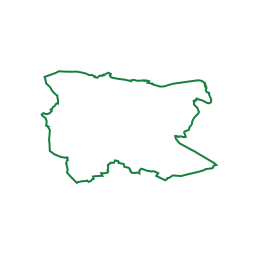 Valle nor, Aust-Agder, Norway, rotated 199°
{"feature_id": "86288312B24572790615824", "entity_name": "Valle nor", "entity_type": "district", "adm_level": 2, "iso_a3": "NOR", "parent_name": "Norway", "parent_adm1": "Aust-Agder", "projection": "natural_earth1", "projection_center": [7.485, 59.169], "detail": "fine", "context": "isolated", "style": "outline", "palette": "green", "viewbox_px": 256, "rotation_deg": 199, "n_neighbors": 0, "source": "geoboundaries", "source_scale": "gbopen_adm2", "svg_char_len": 5406}
<svg xmlns="http://www.w3.org/2000/svg" viewBox="0 0 256 256"><g transform="rotate(199 128 128)"><path d="M194.5,80.9L189.2,79.2L182.3,78.8L178.1,79.3L175.8,80.4L175.6,80.4L175.6,80.2L175.8,79.6L175.6,79.4L175.5,79.1L175.3,78.9L175.0,78.8L174.8,78.8L174.7,78.6L174.8,78.5L174.8,78.4L174.5,78.1L174.8,77.7L175.0,77.3L175.1,74.4L174.6,74.1L173.5,72.2L173.3,71.9L172.0,69.9L171.5,69.2L171.3,68.4L171.3,66.6L171.2,66.0L165.9,63.1L159.1,59.8L158.4,59.4L158.0,60.4L153.6,62.9L150.4,64.2L149.6,65.0L147.9,64.2L145.8,65.8L145.4,66.9L145.4,67.5L143.9,68.7L144.3,69.1L145.3,70.7L142.8,72.0L141.0,72.6L140.5,72.9L138.8,73.7L136.6,74.4L136.8,74.6L138.6,76.6L138.3,76.7L136.2,77.3L133.5,78.7L133.3,79.0L132.6,79.6L132.5,80.2L132.6,80.7L132.8,80.8L133.0,81.0L133.6,81.3L133.7,84.0L134.1,84.7L134.8,85.6L134.7,86.4L134.8,87.1L133.6,87.9L133.4,89.4L132.5,89.7L131.2,90.0L130.8,90.3L129.9,90.6L129.8,92.1L129.7,92.4L129.6,93.2L129.1,93.1L128.3,93.3L127.5,93.3L126.7,93.5L126.6,93.3L126.4,93.1L125.9,93.1L125.8,92.9L125.6,92.5L125.6,92.1L125.5,91.9L125.2,91.9L124.0,92.2L123.4,92.1L123.1,92.3L120.3,92.5L120.0,92.3L119.8,92.0L119.4,91.1L119.2,90.7L119.0,90.4L118.6,90.1L116.7,90.4L116.0,90.4L115.8,90.4L115.6,90.6L115.3,90.6L115.0,90.6L114.4,90.6L113.3,90.1L113.2,89.9L113.3,89.9L113.1,89.8L112.7,89.5L112.7,89.4L112.8,89.3L112.7,89.2L112.4,88.9L112.0,88.5L111.4,88.2L111.4,87.8L111.4,87.6L110.8,87.5L110.5,87.4L110.1,87.0L109.7,86.9L109.0,87.0L108.1,87.3L106.9,87.9L106.1,88.2L105.3,88.6L104.9,88.8L104.6,88.8L104.1,89.1L103.3,89.0L102.5,88.8L102.7,89.3L102.9,90.1L103.3,91.7L102.7,92.5L102.6,93.2L102.5,93.7L100.2,94.0L99.8,93.9L98.5,93.9L96.7,93.8L95.6,93.9L94.7,94.0L93.5,94.4L92.7,94.3L92.1,94.4L91.3,94.7L90.7,95.0L90.2,95.2L89.1,95.4L88.8,95.6L84.7,95.1L85.7,91.9L76.2,90.7L76.2,90.9L75.9,91.0L75.2,91.4L75.1,91.5L74.7,91.9L74.5,92.5L74.7,92.9L74.5,93.2L74.5,93.3L74.1,93.6L73.7,93.8L73.3,93.9L70.3,97.6L68.8,98.1L62.0,99.9L61.9,100.0L61.7,100.2L55.9,104.0L46.5,109.9L42.2,113.0L42.1,113.4L41.7,113.9L41.1,114.4L36.2,116.9L34.8,117.8L34.6,118.4L34.8,118.9L35.0,119.7L34.6,120.4L32.5,121.8L34.8,122.8L55.4,127.1L57.7,127.6L61.2,128.1L61.5,128.1L74.3,130.3L79.0,133.2L80.7,135.7L80.5,135.8L80.1,136.1L79.4,136.3L78.5,136.0L77.5,136.0L77.3,136.2L77.2,136.4L76.3,137.0L75.7,137.0L74.8,137.4L74.3,137.4L72.9,137.4L71.2,137.9L70.5,138.3L70.8,138.9L73.4,141.9L73.5,142.5L73.4,143.0L73.1,143.3L70.0,145.9L69.9,146.8L70.1,148.8L69.2,151.1L68.9,152.8L69.4,155.3L68.8,159.2L67.2,162.8L66.6,163.7L66.2,165.1L66.1,165.6L66.2,165.8L66.3,166.0L66.2,166.2L66.3,166.5L67.3,167.6L68.9,169.5L70.8,170.6L72.8,171.4L73.3,171.8L73.6,172.8L73.7,173.6L73.8,173.9L74.0,174.0L74.3,174.2L74.4,174.3L74.8,175.0L74.6,175.5L74.2,175.7L73.1,175.7L72.9,175.9L72.7,176.2L72.5,176.9L72.5,177.1L72.5,177.3L72.9,178.0L72.7,178.2L72.3,178.3L71.3,177.8L70.2,178.1L66.6,178.3L64.4,177.9L63.3,177.8L62.8,177.6L62.3,177.6L62.1,177.5L61.1,177.5L59.9,177.6L59.3,177.8L59.0,178.3L58.2,178.9L58.0,179.7L58.1,180.2L58.4,181.2L58.7,182.2L62.4,186.2L62.3,186.4L62.4,186.5L62.7,187.6L63.0,187.8L63.4,187.7L63.6,187.5L64.4,187.6L65.0,187.5L65.4,187.7L66.4,188.7L66.7,189.0L66.8,189.6L67.0,189.8L67.0,190.1L66.8,190.5L66.7,190.8L66.9,191.2L67.1,191.6L67.1,191.9L67.3,192.3L68.3,192.1L68.6,192.4L68.7,192.6L69.0,192.9L69.0,193.2L68.7,193.3L68.6,193.7L69.0,193.9L69.1,194.2L69.5,194.2L69.5,194.3L69.9,195.3L70.0,195.5L70.1,195.8L70.4,195.8L71.3,195.8L71.5,196.0L73.8,196.6L77.4,195.9L99.7,184.6L103.2,182.2L107.3,179.1L111.2,177.6L119.1,177.3L119.2,177.9L120.0,177.7L120.7,177.6L121.5,177.4L122.6,177.5L124.1,177.1L124.0,177.4L124.2,177.6L124.3,177.7L124.3,177.8L124.5,177.8L124.6,178.0L124.4,178.1L124.2,178.0L123.8,178.2L123.8,178.5L123.6,178.6L123.7,178.8L123.6,179.0L124.1,178.9L124.5,178.6L124.9,178.7L125.0,178.8L125.1,179.0L125.9,178.9L126.0,178.8L126.7,178.9L127.1,178.5L127.3,178.2L127.4,177.9L127.6,177.8L128.0,177.8L128.0,178.1L128.3,178.3L128.5,178.3L128.6,178.1L128.8,178.1L134.4,175.7L135.1,175.6L136.2,175.6L136.6,175.5L137.0,175.6L137.3,175.5L137.6,175.4L138.0,175.3L138.3,175.2L139.0,175.1L139.4,174.9L139.6,174.4L139.8,174.3L139.8,174.2L140.1,174.0L140.4,174.0L140.4,173.3L141.0,173.4L141.7,173.4L141.8,173.3L142.0,173.1L145.5,172.8L150.0,172.0L152.7,171.4L158.3,170.5L159.4,170.5L161.0,170.5L161.4,171.0L162.4,171.9L162.4,172.1L161.8,172.5L162.0,172.9L162.2,173.3L162.1,173.6L164.8,173.8L166.0,172.4L167.1,171.3L167.8,170.1L168.1,170.3L168.8,170.4L169.3,168.9L171.7,168.4L173.5,165.5L176.2,165.3L176.3,166.1L177.6,166.0L178.5,166.4L180.6,165.9L181.9,165.4L186.0,165.8L192.0,165.1L194.6,164.7L200.0,162.7L204.9,161.1L211.9,159.1L214.2,156.6L223.5,149.1L222.0,147.1L219.9,143.5L215.2,141.4L213.8,140.2L211.5,138.2L208.5,136.7L205.2,135.5L204.9,134.3L203.3,131.5L202.5,129.6L202.2,128.5L202.5,128.6L202.9,128.6L203.0,128.4L203.1,128.2L203.3,128.0L203.4,127.7L203.8,127.5L204.5,125.0L205.5,123.6L206.2,122.0L206.0,121.3L206.5,120.6L206.9,120.3L206.7,120.2L206.5,119.9L206.4,119.8L205.7,119.3L205.6,119.2L206.4,117.8L206.5,117.1L206.9,116.4L207.7,115.9L208.8,114.9L210.0,114.4L212.7,114.6L214.0,112.7L213.4,112.1L212.5,111.6L211.1,111.1L210.4,111.0L209.7,110.6L208.8,110.2L208.6,109.6L208.0,109.1L207.3,108.3L206.6,105.9L206.2,104.3L206.1,104.2L206.3,103.9L206.2,103.6L205.9,103.4L205.5,103.4L204.8,103.5L204.7,103.4L204.1,103.4L204.3,103.2L201.2,100.6L199.3,93.5L199.1,91.9L196.8,86.9L194.5,80.9Z" fill="none" stroke="#15803d" stroke-width="2"/></g></svg>